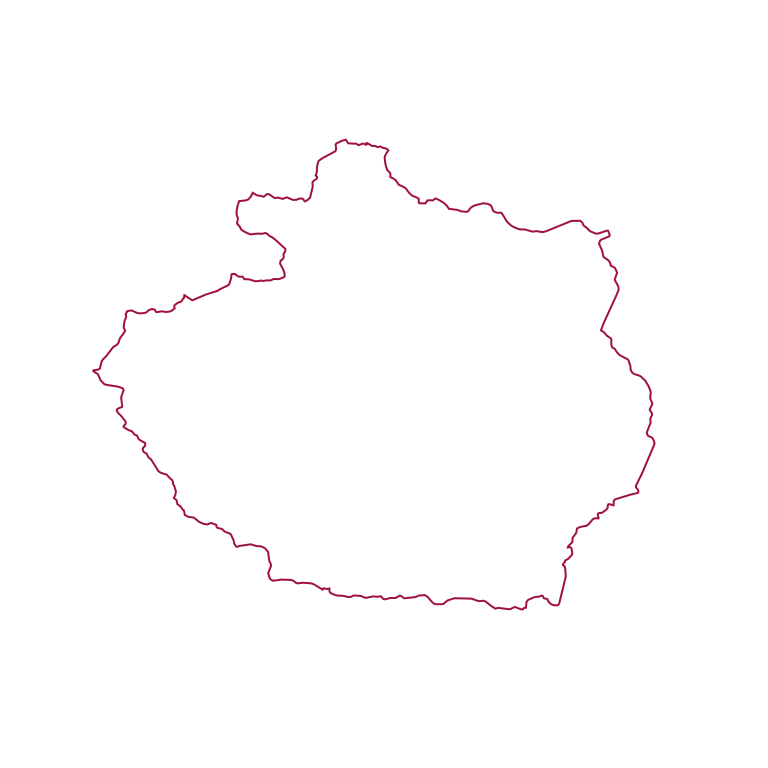 Van Canh, Bình Định, Vietnam (Natural Earth projection), rotated 291°
{"feature_id": "81297802B17102674968438", "entity_name": "Van Canh", "entity_type": "district", "adm_level": 2, "iso_a3": "VNM", "parent_name": "Vietnam", "parent_adm1": "Bình Định", "projection": "natural_earth1", "projection_center": [108.979, 13.676], "detail": "fine", "context": "isolated", "style": "outline", "palette": "rose", "viewbox_px": 768, "rotation_deg": 291, "n_neighbors": 0, "source": "geoboundaries", "source_scale": "gbopen_adm2", "svg_char_len": 6154}
<svg xmlns="http://www.w3.org/2000/svg" viewBox="0 0 768 768"><g transform="rotate(291 384 384)"><path d="M362.2,121.9L360.1,118.3L356.6,117.8L354.4,119.3L349.8,119.2L343.6,120.6L341.1,123.2L339.4,123.1L332.0,121.1L327.1,121.3L324.9,120.6L321.4,117.9L311.0,114.9L305.9,112.7L303.9,112.3L296.4,113.2L294.9,111.8L292.5,107.8L291.7,108.2L290.7,113.3L285.9,118.1L283.6,123.0L283.8,125.3L286.2,136.5L286.4,141.2L286.1,142.0L284.9,143.1L277.3,143.4L269.4,147.6L268.7,147.6L265.4,144.1L263.4,143.9L261.9,145.9L259.5,151.0L256.3,156.2L255.0,156.9L254.0,157.0L251.4,156.0L250.6,156.3L249.5,161.3L249.4,165.9L247.5,168.8L247.3,172.0L244.7,174.5L244.4,175.3L243.2,182.3L240.7,183.1L238.4,182.1L236.9,182.1L236.1,182.4L234.4,184.1L233.8,187.6L231.3,190.1L230.0,193.7L221.7,204.8L221.1,207.7L221.5,213.8L219.5,217.4L218.4,220.6L216.9,222.2L215.3,222.7L213.9,224.5L209.4,228.1L205.4,229.0L202.3,228.6L201.3,231.8L197.8,234.2L196.6,238.3L194.7,240.9L194.4,242.4L190.3,245.0L189.9,249.3L191.0,253.7L191.0,254.9L189.0,260.9L188.8,266.0L189.5,269.3L191.9,271.7L192.3,272.6L192.4,277.6L192.2,278.1L190.7,278.8L190.0,280.1L190.6,284.7L189.1,288.3L189.1,293.9L188.6,295.1L184.3,299.5L181.1,301.5L179.3,304.3L179.3,305.1L181.3,307.6L186.6,317.1L187.0,323.1L188.3,327.0L188.1,331.5L186.2,335.2L185.3,336.2L177.5,340.4L176.0,342.3L173.9,343.7L165.9,343.7L162.3,346.4L161.2,347.6L160.8,348.8L160.6,351.0L164.7,358.5L167.5,366.7L167.8,368.1L167.8,370.4L166.9,372.3L166.9,374.8L169.4,379.5L171.8,387.6L171.9,390.3L170.0,400.4L171.6,400.8L172.1,404.0L173.5,406.3L172.1,406.7L170.2,408.1L169.7,409.3L169.5,413.7L169.6,415.6L171.4,421.1L172.5,427.6L173.6,429.7L175.6,431.2L177.8,438.1L177.7,443.5L181.8,449.9L182.8,453.6L184.6,456.9L184.6,457.6L183.1,460.1L183.3,462.1L186.6,466.8L188.3,471.4L192.0,474.5L192.2,476.2L191.2,479.2L191.4,480.1L195.9,488.9L196.7,490.2L198.8,492.0L201.5,497.7L201.1,500.5L197.1,508.2L196.9,510.3L197.4,512.5L199.3,517.2L200.2,518.4L204.6,520.8L209.2,526.4L215.0,542.7L215.1,548.8L215.5,551.0L217.2,554.3L217.4,556.7L215.2,563.6L214.2,568.5L215.9,570.7L218.6,581.6L219.5,583.0L222.2,585.4L222.8,586.6L222.7,592.4L223.2,594.2L225.2,595.0L226.0,596.7L231.9,595.1L234.2,596.0L239.1,601.0L240.8,604.5L243.0,607.1L242.7,608.4L241.3,610.1L241.7,613.3L241.5,613.9L239.8,615.4L238.6,618.0L238.3,619.6L238.3,621.9L239.6,625.3L240.7,626.0L242.1,626.2L269.4,622.7L276.1,619.6L278.5,617.9L279.0,616.1L279.8,615.6L282.3,616.6L284.2,616.4L286.7,618.6L292.2,620.7L293.5,620.5L297.9,617.8L298.3,617.2L298.3,616.0L297.3,614.2L298.6,614.1L303.9,616.5L308.0,615.2L313.8,616.8L318.3,616.0L320.7,618.2L324.3,623.9L326.0,625.1L331.8,627.1L333.4,628.0L334.1,628.8L335.4,632.4L335.9,632.4L337.7,630.8L339.7,630.3L340.6,631.0L341.8,633.6L346.0,636.4L348.3,637.2L351.1,636.4L352.2,636.6L352.7,638.3L353.0,641.8L357.2,640.4L359.2,641.1L369.5,654.4L373.3,660.0L374.6,660.2L376.1,659.2L378.0,656.2L379.3,655.7L394.2,657.0L424.7,658.0L426.3,657.4L428.8,655.2L430.0,653.5L430.2,649.1L432.1,647.0L433.9,646.7L443.8,646.8L445.8,645.5L447.3,645.1L451.1,645.3L452.4,644.8L455.3,641.2L461.7,641.7L466.1,637.6L472.0,636.0L476.4,632.2L480.7,626.8L483.0,621.2L483.3,619.7L483.0,613.8L483.6,611.6L485.7,609.1L488.7,607.8L493.4,604.1L494.3,602.9L495.4,593.7L496.9,590.4L499.5,586.8L499.9,584.1L502.3,582.0L507.1,580.3L507.9,579.5L509.0,574.7L511.1,570.8L511.9,567.3L520.4,567.3L549.8,569.2L556.2,569.3L559.1,567.7L564.0,562.0L571.5,561.7L572.2,561.1L575.2,557.9L575.8,553.1L578.1,551.9L579.9,549.0L581.3,543.4L586.7,539.8L592.1,534.5L594.2,534.3L596.0,534.6L602.7,541.4L604.2,541.3L607.4,538.2L606.8,536.7L602.1,531.2L600.6,529.0L600.3,527.0L600.5,521.8L601.0,520.1L602.1,518.3L603.6,513.4L605.7,511.4L606.7,508.6L603.3,500.4L584.4,480.3L582.5,477.3L581.4,471.6L579.4,467.9L578.8,460.3L577.3,456.1L576.8,453.8L577.1,448.1L577.5,445.9L579.7,440.5L585.0,433.7L585.9,432.0L584.5,428.6L584.3,425.7L584.9,423.6L587.5,421.5L589.0,419.7L589.4,416.4L588.1,411.5L583.9,405.6L581.9,403.3L578.7,401.4L575.8,400.8L574.4,399.6L572.8,394.0L572.9,390.3L570.8,381.9L572.8,379.0L574.4,375.2L575.3,370.8L575.8,366.0L575.1,365.0L572.8,363.8L572.1,361.1L570.8,358.6L567.5,358.0L565.4,352.3L565.9,351.3L568.4,350.6L569.3,350.0L569.7,349.1L570.0,342.5L571.5,338.9L574.6,333.9L575.1,330.6L575.3,326.4L578.5,321.8L579.3,318.3L579.4,315.9L582.5,314.6L583.7,313.3L584.8,310.7L585.5,309.8L589.7,306.6L593.7,304.4L596.1,303.3L599.9,303.4L603.6,304.4L604.2,303.5L604.6,301.2L604.0,298.2L604.5,295.6L602.9,293.3L603.0,290.2L602.0,287.9L602.9,281.8L602.5,281.3L601.6,282.0L601.0,281.8L600.9,278.0L597.9,274.9L598.4,271.6L597.2,268.7L595.9,264.3L598.4,260.7L595.7,257.3L591.5,253.3L589.9,253.1L586.9,254.8L585.0,255.3L583.8,255.1L573.1,245.9L569.7,243.5L567.9,242.9L562.1,243.7L558.3,245.3L554.2,245.5L553.5,247.2L552.9,247.6L551.1,247.4L548.3,245.4L546.4,245.0L543.0,246.7L531.5,248.2L528.6,246.8L526.2,245.0L526.4,244.0L527.6,242.5L527.7,240.5L526.5,238.2L524.6,236.3L523.2,233.0L523.5,226.4L520.6,223.2L519.9,217.9L518.6,215.8L518.5,214.8L519.8,209.4L519.8,207.6L519.0,206.3L516.6,205.2L515.6,204.2L515.5,201.3L514.7,198.8L514.8,196.2L515.5,193.0L511.2,192.5L507.7,191.2L505.9,189.2L502.8,183.2L496.3,183.6L492.4,184.5L489.1,185.8L486.3,188.3L481.1,189.3L479.3,192.9L477.4,194.8L476.8,196.0L476.0,200.3L475.8,205.8L478.7,211.1L480.7,216.6L482.4,219.1L482.5,220.7L481.2,224.0L480.8,227.2L479.9,230.3L474.9,243.3L473.8,243.9L472.0,244.2L468.8,243.6L467.3,244.7L465.7,244.9L464.4,244.8L462.3,243.4L460.1,243.5L458.9,244.1L454.9,248.7L452.1,251.1L449.9,252.4L447.9,252.4L444.3,248.4L442.5,243.4L439.9,240.8L439.0,238.0L436.9,234.2L436.3,231.5L435.3,230.3L433.8,227.0L433.3,220.3L431.9,216.4L432.0,215.6L433.5,213.7L432.1,209.6L433.1,206.0L433.0,204.4L432.3,202.8L431.4,202.4L428.0,203.4L423.2,203.7L421.4,203.6L420.0,202.9L413.7,196.8L411.5,195.4L403.5,185.4L393.6,175.3L393.5,174.6L395.4,165.8L392.4,166.4L391.2,165.6L389.2,165.5L387.5,164.5L386.4,162.7L383.1,160.6L382.3,160.2L381.2,160.3L379.7,161.5L376.2,159.5L375.1,158.3L373.3,155.2L372.2,150.5L369.6,146.0L369.6,145.3L371.3,143.3L370.8,140.3L368.7,138.0L365.5,136.3L364.6,135.2L362.4,130.8L361.9,128.2L362.2,121.9Z" fill="none" stroke="#9f1239" stroke-width="2"/></g></svg>